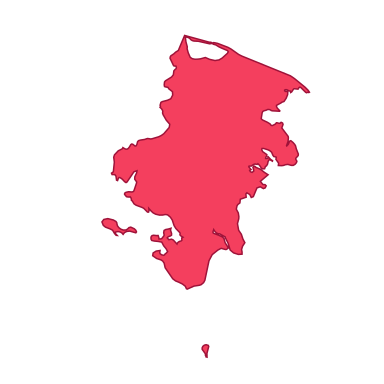 outline of Midtjylland, rotated 112°
{"feature_id": "DNK-3416", "entity_name": "Midtjylland", "entity_type": "Region", "adm_level": 1, "iso_a3": "DNK", "parent_name": "Denmark", "parent_adm1": "", "projection": "albers", "projection_center": [9.543, 56.244], "detail": "fine", "context": "isolated", "style": "filled", "palette": "rose", "viewbox_px": 384, "rotation_deg": 112, "n_neighbors": 0, "source": "natural_earth", "source_scale": "10m", "svg_char_len": 6050}
<svg xmlns="http://www.w3.org/2000/svg" viewBox="0 0 384 384"><g transform="rotate(112 192 192)"><path d="M49.6,257.5L46.7,232.7L46.4,231.2L46.1,230.8L46.1,229.4L46.4,229.1L46.9,229.3L48.0,231.1L49.9,242.7L51.3,246.7L51.5,248.3L51.3,249.8L50.4,251.8L50.2,253.5L50.5,255.6L51.2,256.0L55.0,253.9L59.1,250.8L61.0,250.2L64.4,247.6L67.8,244.1L68.3,241.7L67.8,239.0L66.7,236.5L65.4,234.1L62.3,230.0L62.4,225.3L61.5,219.9L59.4,216.4L56.5,214.2L50.1,211.1L48.4,210.9L47.6,212.1L47.5,218.5L47.3,221.6L46.7,225.0L47.0,227.5L46.8,228.5L45.5,228.1L45.2,227.3L44.6,223.9L44.4,212.9L44.8,209.5L47.0,200.2L47.3,196.6L47.4,144.4L47.9,141.9L48.5,139.3L52.5,126.4L54.2,122.4L55.5,120.5L56.0,120.9L56.3,122.2L57.1,123.0L57.0,124.0L54.4,130.2L54.3,131.2L55.4,132.0L56.9,132.2L57.9,135.8L58.5,136.4L61.9,137.1L62.8,137.8L61.6,138.5L61.9,139.9L61.6,142.3L62.1,143.7L62.8,144.3L63.5,144.0L63.7,142.9L63.2,141.7L63.3,140.7L65.9,139.8L69.9,139.8L73.6,140.6L75.2,142.4L75.9,142.7L80.0,146.1L81.2,145.6L82.3,144.3L83.8,141.0L84.3,141.0L86.7,148.1L86.8,149.3L86.5,149.9L86.6,151.3L87.1,152.7L88.4,153.9L90.0,156.0L91.0,156.6L92.4,156.6L98.1,155.3L98.5,154.5L98.8,153.4L99.1,148.3L99.6,145.2L100.6,143.5L100.2,142.2L97.7,140.1L96.2,139.7L95.9,138.9L95.8,137.6L95.4,136.2L94.0,135.5L94.1,133.9L95.2,132.9L99.0,132.7L104.4,123.7L105.7,122.9L109.1,121.9L113.6,121.7L113.8,121.4L111.8,120.6L108.2,120.5L107.4,119.6L108.2,117.0L109.4,114.6L110.4,113.3L113.0,111.4L117.0,107.6L118.5,107.2L121.9,108.4L122.8,108.1L123.7,106.8L124.4,106.2L125.8,106.2L127.7,106.8L129.4,108.1L130.1,109.9L130.5,113.5L131.7,115.6L133.0,117.0L134.0,118.7L135.1,121.9L132.8,122.5L130.3,126.4L128.2,126.9L128.2,128.1L128.5,129.4L127.6,130.8L125.3,133.1L124.6,135.2L124.4,137.1L124.8,141.9L125.4,143.4L126.7,143.2L128.1,141.6L129.3,136.6L130.5,136.3L132.0,136.6L133.3,136.3L132.8,134.9L132.1,134.3L131.3,134.5L130.5,135.2L132.4,131.1L132.8,129.0L133.3,129.0L132.8,132.4L135.0,132.9L137.9,132.4L139.8,132.7L140.9,133.5L143.3,133.4L144.1,135.3L143.8,136.7L141.9,139.5L141.1,141.5L142.0,141.9L142.3,143.5L142.8,144.6L143.6,145.4L145.7,146.7L146.6,148.8L147.4,148.8L149.1,145.6L150.3,146.7L151.3,145.5L151.3,143.6L149.4,142.6L146.9,144.1L146.7,144.6L146.3,144.7L145.4,144.6L144.7,144.2L144.7,143.3L144.9,142.6L145.2,142.6L145.3,137.0L146.7,132.1L147.5,127.9L156.5,132.6L158.5,129.1L157.8,127.0L158.5,125.5L160.8,125.7L162.1,127.1L161.6,130.7L163.9,133.3L173.3,133.4L174.9,135.0L172.7,137.5L172.2,140.8L173.7,141.3L176.5,139.8L180.6,144.5L184.2,143.5L186.4,144.8L187.9,145.1L191.3,144.5L194.1,141.2L197.3,139.3L199.4,138.6L204.3,138.0L210.0,134.4L212.7,130.4L216.5,127.2L219.2,124.0L223.3,124.8L226.7,124.5L228.9,123.1L230.9,122.3L232.5,125.6L232.9,130.6L231.5,134.9L226.0,139.3L221.9,144.0L221.2,144.4L220.4,150.7L221.0,152.4L220.6,154.5L219.7,156.5L218.7,157.8L221.3,157.6L222.2,156.8L222.1,151.1L222.3,147.0L223.1,145.0L226.6,142.3L229.3,138.5L230.7,137.5L232.4,138.6L232.8,139.5L233.3,143.7L233.7,144.2L236.2,146.3L242.5,149.8L249.3,150.5L269.0,147.0L271.7,147.3L274.5,148.8L275.7,150.2L278.5,154.9L283.8,160.0L283.8,160.9L281.9,162.9L280.9,166.4L280.6,170.4L280.6,173.9L279.7,177.3L272.3,188.5L268.4,191.2L267.0,193.3L266.6,195.3L266.9,200.0L265.8,204.6L263.1,205.2L260.2,203.1L258.2,199.7L260.3,199.2L261.2,198.4L261.6,196.5L261.3,194.5L260.5,193.9L259.4,193.7L258.4,193.0L256.3,192.3L254.3,194.8L252.5,198.1L249.8,201.3L250.5,204.8L251.6,208.6L252.0,211.2L251.2,212.2L249.9,212.9L248.5,213.1L247.4,212.7L246.5,211.5L245.7,208.6L245.0,207.1L247.1,205.4L247.9,205.0L247.2,203.4L246.5,202.6L243.0,201.6L242.3,201.7L240.4,203.0L238.1,203.5L236.6,202.3L235.3,200.2L233.5,197.9L235.3,197.7L238.1,195.4L239.7,194.8L240.9,195.6L242.3,197.2L243.8,197.8L244.9,195.6L243.4,193.3L243.5,191.4L245.9,186.4L244.7,186.4L243.5,185.9L242.4,185.0L241.6,183.9L240.6,183.3L238.5,184.3L237.3,183.4L237.0,185.4L236.6,186.7L235.9,187.3L234.7,187.5L234.1,188.4L231.9,193.3L229.9,196.0L225.4,199.8L223.4,202.7L222.3,206.2L222.9,208.4L224.3,210.5L225.6,213.5L226.2,217.4L225.9,220.3L224.9,222.9L223.4,225.9L225.4,224.9L226.9,224.7L227.3,225.8L225.2,230.6L225.0,232.5L225.2,238.9L224.7,241.3L222.7,244.0L222.4,245.1L221.1,245.7L220.1,246.7L219.6,247.6L220.0,247.9L220.6,249.4L220.9,251.0L219.5,253.6L218.7,253.9L217.7,253.7L216.9,252.9L215.5,250.9L214.5,247.7L213.7,246.7L212.7,246.3L204.4,246.8L203.4,247.1L201.6,249.9L199.4,250.7L194.9,250.5L192.9,251.0L195.0,253.4L207.1,256.0L208.0,256.7L207.7,258.3L206.3,261.3L205.6,264.0L205.9,265.1L207.0,265.4L209.3,265.3L209.3,266.4L205.8,268.4L204.8,270.1L205.8,272.6L204.7,273.7L202.7,272.5L193.4,275.2L189.1,277.6L186.6,277.8L181.4,275.8L178.4,273.1L177.6,272.7L176.7,272.7L177.0,271.0L177.1,269.7L176.7,268.4L175.7,267.5L173.8,266.9L171.0,266.5L170.1,265.9L169.9,264.8L170.7,262.1L170.3,261.2L168.7,260.9L165.7,261.3L164.4,260.8L163.2,259.3L161.0,255.6L159.1,253.4L158.7,252.0L158.3,250.1L157.6,249.0L153.3,243.6L151.2,241.7L148.6,240.0L140.7,237.3L137.5,238.0L135.1,242.7L131.2,247.7L129.8,248.9L128.2,249.3L127.4,249.9L126.2,251.5L125.5,253.4L124.4,253.3L123.5,254.1L120.6,254.4L119.4,253.5L116.1,249.1L113.5,246.6L109.4,246.2L106.3,247.7L105.0,252.2L104.0,253.5L104.5,256.1L104.5,257.0L103.1,257.9L100.3,258.7L98.9,258.3L93.0,254.0L90.3,253.2L86.5,254.2L84.7,253.6L83.8,253.0L83.1,253.0L82.3,253.2L81.3,254.0L81.9,255.9L81.6,256.6L76.2,262.5L74.6,262.8L73.6,262.6L70.7,260.6L68.5,259.6L65.9,257.7L49.6,257.5ZM251.4,248.3L252.5,246.4L253.1,244.0L253.0,241.5L251.9,238.9L250.3,237.8L248.6,237.1L247.5,235.6L247.7,231.8L248.5,229.8L249.8,228.5L250.9,228.8L251.6,235.1L253.0,237.7L254.9,239.4L257.1,240.0L256.3,241.5L256.0,243.1L256.1,244.7L256.6,246.2L258.1,248.2L259.1,247.6L260.3,245.1L260.6,246.1L259.5,248.3L257.2,251.3L256.9,254.0L257.0,259.1L256.2,261.7L253.5,264.3L250.5,263.5L248.2,260.1L247.4,254.5L247.8,251.5L248.7,250.2L249.9,249.5L251.4,248.3ZM328.3,121.7L328.1,119.5L329.0,118.6L336.0,117.7L339.5,116.2L339.6,117.3L339.0,117.5L338.5,118.3L337.0,119.0L334.1,123.6L332.7,124.2L331.0,124.1L329.4,123.2L328.3,121.7Z" fill="#f43f5e" stroke="#9f1239" stroke-width="1.5"/></g></svg>